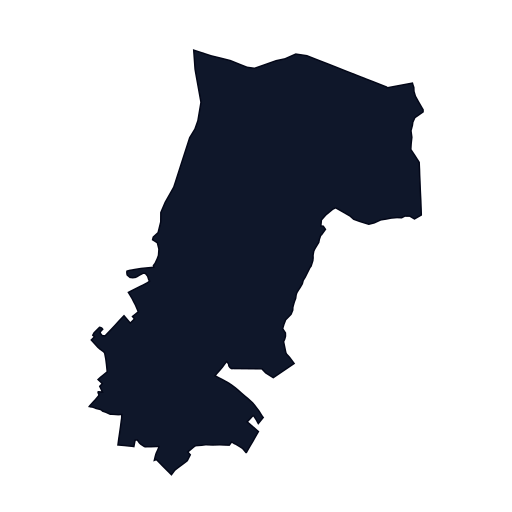 the district of Camerino Z. Mendoza, Veracruz, Mexico, rotated 265°
{"feature_id": "50627088B22959836767902", "entity_name": "Camerino Z. Mendoza", "entity_type": "district", "adm_level": 2, "iso_a3": "MEX", "parent_name": "Mexico", "parent_adm1": "Veracruz", "projection": "orthographic", "projection_center": [-97.172, 18.79], "detail": "fine", "context": "isolated", "style": "filled", "palette": "ink", "viewbox_px": 512, "rotation_deg": 265, "n_neighbors": 0, "source": "geoboundaries", "source_scale": "gbopen_adm2", "svg_char_len": 4499}
<svg xmlns="http://www.w3.org/2000/svg" viewBox="0 0 512 512"><g transform="rotate(265 256 256)"><path d="M252.2,126.2L251.3,125.9L250.6,125.9L249.9,125.9L249.2,125.9L248.2,126.1L247.2,127.1L246.4,127.9L245.6,128.7L245.6,129.0L245.1,131.2L245.2,134.0L245.9,135.9L247.0,138.0L248.7,142.1L248.3,144.3L245.3,146.3L243.6,146.7L241.6,147.1L240.3,147.9L239.3,146.3L238.8,145.4L236.9,141.0L236.1,138.8L236.0,138.5L233.5,132.2L230.9,125.7L224.4,128.9L221.3,130.1L217.8,131.6L211.0,133.8L210.7,133.9L208.6,130.9L206.5,127.7L203.9,129.5L200.1,124.9L208.0,119.3L203.8,114.5L199.6,110.0L195.4,105.3L189.6,98.7L189.8,97.5L190.0,95.9L191.8,94.7L192.6,94.2L193.6,94.1L194.4,94.7L195.0,95.3L196.4,96.9L197.7,96.0L198.3,94.9L198.6,93.9L198.4,93.7L193.6,88.0L191.3,86.5L189.6,88.1L186.7,84.6L181.7,88.4L178.9,90.5L176.7,92.6L173.9,95.9L172.4,96.8L166.5,97.4L161.0,97.6L153.6,97.7L150.5,93.2L148.8,90.6L146.7,87.9L142.3,91.8L139.8,89.0L133.9,91.2L134.1,89.5L134.5,87.3L134.4,86.9L134.1,86.8L133.4,86.8L132.0,87.3L131.4,87.4L131.0,87.3L130.3,86.9L129.4,86.0L128.2,84.8L126.6,83.2L125.2,81.6L121.1,77.2L120.6,76.8L120.5,77.2L120.4,77.4L120.2,77.8L120.0,78.7L119.7,80.1L119.4,80.8L118.8,82.1L118.1,83.3L117.3,85.7L116.8,87.2L116.3,88.2L115.9,88.8L115.2,89.3L114.8,89.7L113.4,92.9L111.1,96.9L110.9,98.7L110.6,100.8L110.1,103.9L109.9,105.2L109.9,107.1L109.8,108.5L106.6,108.1L105.0,107.8L104.8,107.7L100.7,106.8L97.9,106.2L93.2,105.1L88.5,104.0L86.5,103.5L79.8,102.0L78.6,108.9L77.8,112.9L77.3,115.7L76.8,117.7L83.1,119.5L83.1,121.7L79.9,123.6L78.5,124.9L75.9,128.2L75.6,129.0L75.5,130.6L75.2,134.0L75.1,136.1L74.8,142.1L74.7,142.7L73.7,142.4L71.5,141.3L68.4,139.5L67.1,138.9L65.2,138.2L61.3,136.9L61.9,139.0L60.4,140.3L57.0,143.1L55.5,144.3L45.5,152.7L49.0,155.8L49.9,156.7L51.7,159.5L53.2,161.9L54.9,164.7L57.1,168.2L58.1,169.7L63.7,173.2L66.7,170.9L68.7,173.8L70.7,176.6L71.3,177.5L71.5,177.8L71.9,178.4L72.3,179.6L72.2,185.3L72.4,189.6L72.1,191.8L71.5,196.3L71.1,203.5L70.5,207.9L69.9,212.9L72.8,215.4L71.9,217.0L71.0,218.0L70.4,219.3L67.1,223.8L65.4,225.9L63.0,227.6L61.1,228.9L61.1,229.3L62.6,230.3L65.5,232.3L68.6,234.5L71.9,236.9L74.6,238.7L78.2,241.2L80.9,243.1L82.5,241.5L85.3,238.9L86.0,238.1L89.6,234.7L91.5,232.7L94.5,236.1L97.3,239.1L96.4,240.1L95.8,240.4L92.6,242.1L90.2,243.1L88.9,243.7L94.4,249.0L94.5,249.1L95.7,248.3L98.0,247.1L100.8,245.7L101.9,245.1L103.9,243.8L107.1,241.8L110.0,239.8L112.5,237.5L114.9,235.3L117.2,232.9L120.9,229.3L122.3,228.0L124.1,226.3L126.5,223.9L129.7,220.3L130.8,218.9L131.5,218.1L135.1,212.8L135.9,211.6L138.0,208.2L140.3,204.7L142.5,206.9L145.3,209.9L148.3,212.9L151.4,215.6L153.4,217.5L153.1,217.9L152.0,218.6L150.6,219.3L148.9,219.4L147.6,220.1L146.8,220.7L146.2,221.5L145.9,222.0L145.9,223.2L143.1,252.0L138.7,255.5L133.3,262.6L136.1,267.6L145.6,284.6L146.9,283.8L152.1,280.6L155.6,277.9L157.1,277.3L168.3,276.0L170.8,277.4L173.6,278.4L176.8,278.6L181.3,276.2L185.4,277.8L190.1,280.1L190.4,280.6L194.6,285.5L195.0,285.9L198.9,287.9L201.6,288.2L203.6,288.9L207.0,290.2L210.3,291.8L213.8,292.6L215.9,293.5L218.1,295.1L221.0,297.4L224.3,299.7L227.6,300.9L230.7,303.2L239.7,308.7L241.1,310.0L246.4,312.2L249.0,312.7L251.9,312.9L255.9,314.0L258.1,315.3L264.1,319.7L267.2,320.6L271.0,322.3L271.4,323.1L276.5,327.5L279.8,325.6L280.3,323.2L286.2,324.3L290.8,329.1L295.9,336.5L297.1,339.5L292.5,346.2L287.6,353.2L284.1,356.5L281.5,362.1L277.8,371.1L278.7,376.7L281.1,383.4L281.5,389.3L282.0,393.8L282.0,399.8L281.4,404.4L282.8,407.8L282.3,412.7L279.1,417.1L282.4,424.2L283.2,424.3L288.9,424.6L296.9,425.0L307.2,425.4L315.4,425.8L322.6,426.1L327.5,426.4L335.1,426.7L342.2,423.0L348.6,419.5L354.1,420.3L360.7,421.6L367.3,421.3L372.6,423.2L375.7,423.9L380.0,426.3L382.8,431.2L385.0,435.0L387.1,435.2L395.0,431.5L401.3,428.7L406.2,427.7L410.2,427.9L412.5,427.3L414.6,426.9L412.1,401.2L412.9,400.9L419.9,386.9L423.1,380.3L427.5,371.5L432.2,362.0L437.1,352.3L441.4,343.7L446.2,333.9L451.1,324.1L453.7,313.2L449.9,302.1L448.8,293.1L445.0,278.4L443.1,270.9L444.8,263.5L448.3,256.5L452.9,247.5L456.1,238.3L459.3,228.8L461.8,222.9L466.5,211.9L447.5,211.6L444.8,211.8L413.9,214.6L395.8,209.9L387.7,206.2L379.7,200.3L374.0,197.9L356.0,190.3L336.7,182.2L331.8,180.1L328.1,177.6L317.5,170.3L307.6,165.0L298.3,164.1L287.8,160.5L283.8,155.3L281.2,154.4L277.8,158.9L277.7,158.9L271.3,159.9L265.1,158.9L261.9,157.4L257.4,154.8L255.5,153.0L253.7,153.3L253.7,153.1L253.6,140.5L253.1,133.6L253.0,132.5L252.9,131.8L252.7,128.9L252.2,126.2Z" fill="#0f172a" stroke="#020617" stroke-width="1.5"/></g></svg>